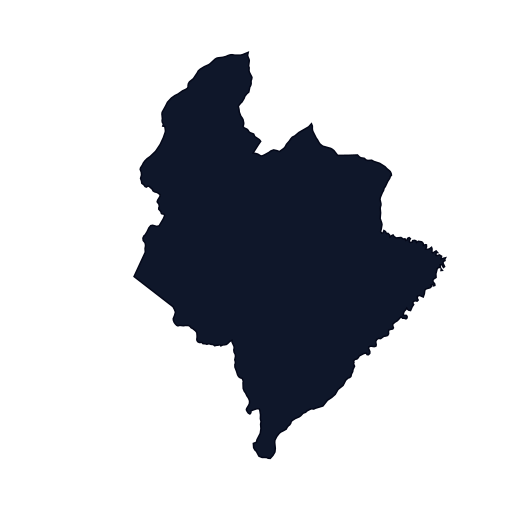 outline of Cláudia, Mato Grosso, Brazil, rotated 36°
{"feature_id": "56859067B53705910959372", "entity_name": "Cláudia", "entity_type": "district", "adm_level": 2, "iso_a3": "BRA", "parent_name": "Brazil", "parent_adm1": "Mato Grosso", "projection": "natural_earth1", "projection_center": [-55.012, -11.48], "detail": "fine", "context": "isolated", "style": "filled", "palette": "ink", "viewbox_px": 512, "rotation_deg": 36, "n_neighbors": 0, "source": "geoboundaries", "source_scale": "gbopen_adm2", "svg_char_len": 6158}
<svg xmlns="http://www.w3.org/2000/svg" viewBox="0 0 512 512"><g transform="rotate(36 256 256)"><path d="M318.1,111.0L316.7,109.7L315.0,108.8L313.8,108.6L310.5,108.4L307.9,107.9L301.6,108.3L295.8,110.2L293.3,110.5L290.4,112.9L288.8,113.6L286.2,113.3L283.1,114.9L281.4,115.1L278.7,114.6L271.7,120.1L262.9,126.6L257.1,124.9L255.0,124.8L253.2,125.0L245.4,127.9L242.2,127.8L240.3,127.2L237.1,125.7L235.6,125.3L228.5,121.6L227.0,120.2L225.2,117.7L223.1,116.4L222.7,120.5L218.1,130.8L216.8,136.1L215.5,138.5L215.3,140.8L215.4,143.4L215.0,147.7L215.4,150.1L215.4,151.8L215.0,153.4L213.6,157.7L210.9,158.5L207.9,159.8L206.2,162.4L205.7,164.3L203.4,169.2L202.3,171.1L201.2,172.2L197.5,172.5L195.6,173.2L193.1,174.4L192.5,164.6L192.4,160.5L190.4,159.9L184.8,160.1L182.4,158.7L178.6,159.7L177.2,159.6L175.6,158.9L174.1,158.7L171.0,159.3L169.2,158.7L168.9,157.3L168.0,155.7L165.4,153.3L163.8,152.5L161.4,151.7L157.9,149.4L156.0,147.3L153.7,145.3L153.6,143.8L153.8,141.1L154.1,139.8L153.9,137.1L153.7,135.3L153.1,133.4L153.2,130.3L153.8,127.6L151.7,123.0L151.5,121.2L150.9,119.6L149.0,117.1L148.5,115.3L147.7,113.8L142.6,111.2L141.2,109.9L139.8,107.7L138.3,106.6L135.8,102.0L134.8,101.0L132.5,99.6L131.2,98.5L130.0,95.8L126.7,101.1L125.3,102.7L120.9,105.9L118.3,107.2L116.9,108.4L115.5,110.3L114.3,112.4L112.3,114.8L108.8,118.0L107.9,119.1L107.2,120.7L105.8,127.6L105.3,129.0L102.9,133.2L101.1,137.5L100.5,140.2L100.8,142.1L101.1,149.3L99.8,154.2L100.0,156.3L100.8,158.0L101.7,159.2L101.9,160.7L101.1,162.7L99.5,165.5L97.7,170.8L96.1,173.8L94.7,177.9L94.0,183.6L94.7,187.7L95.6,194.9L96.5,196.5L99.5,199.9L100.4,201.6L101.5,202.8L103.5,203.7L104.2,205.7L105.9,204.8L106.9,205.6L108.8,207.6L109.7,208.9L111.5,214.8L112.9,222.0L113.2,229.0L113.2,230.5L111.9,237.7L110.7,241.2L110.2,244.4L110.2,247.1L110.6,249.0L110.8,252.6L111.4,254.0L113.9,255.6L115.8,257.8L117.0,261.1L119.1,262.5L120.9,264.3L123.3,264.3L125.4,265.0L126.8,264.7L127.4,263.1L128.4,262.5L132.7,262.9L134.4,263.8L136.2,263.7L138.8,262.7L142.4,262.7L143.3,264.4L143.6,268.5L144.2,270.3L147.1,271.2L148.6,272.7L149.0,274.1L149.8,275.3L153.0,276.0L154.1,277.0L155.2,277.2L156.7,276.3L158.0,276.6L158.6,278.0L159.2,280.8L159.9,288.5L158.3,290.4L154.3,291.9L153.0,293.3L152.8,296.2L153.6,300.3L153.9,304.1L153.5,305.6L154.0,308.0L155.7,309.8L158.2,310.4L159.5,311.4L160.7,312.8L161.8,315.1L164.2,318.0L169.4,344.3L218.6,345.8L221.1,347.0L223.8,348.7L225.0,351.8L225.9,355.4L227.0,356.6L228.9,357.8L230.8,358.4L232.6,358.7L233.9,358.4L235.1,356.9L238.3,355.1L239.7,353.7L242.3,351.9L243.9,351.7L245.7,352.2L247.5,351.9L251.1,352.1L253.1,352.7L255.4,355.4L256.4,356.9L257.0,358.1L258.0,359.1L259.4,359.6L261.0,359.3L263.1,357.7L264.6,358.1L266.6,356.8L268.1,356.3L269.5,354.6L271.4,354.0L273.5,352.8L275.4,352.9L276.3,351.7L277.8,350.4L279.0,348.9L280.4,349.4L281.3,347.6L282.8,346.3L284.1,344.9L284.6,343.1L285.0,340.5L286.1,338.4L287.4,339.8L291.3,342.0L292.4,343.2L293.2,345.0L294.7,346.6L297.2,347.9L298.4,349.3L299.9,352.5L301.2,353.5L302.3,354.8L302.7,356.2L304.3,358.3L308.0,360.7L310.9,362.9L312.9,363.8L314.9,363.8L316.7,363.1L319.3,364.7L320.0,366.2L323.5,370.7L326.0,372.3L328.0,372.9L330.9,374.5L333.0,375.2L335.0,376.3L336.1,377.2L337.4,379.2L337.8,381.1L338.1,384.9L338.6,386.1L340.1,386.9L342.1,387.6L343.9,387.4L344.0,385.9L343.0,384.2L344.5,381.8L346.6,378.9L348.4,377.8L349.7,378.5L353.0,381.8L355.2,385.1L357.4,387.0L358.6,389.4L361.5,392.8L363.7,397.0L364.8,404.1L365.8,406.4L364.0,409.2L366.8,412.5L369.2,413.6L371.1,413.8L376.0,416.2L377.4,415.9L379.3,415.4L383.0,412.8L384.7,412.5L386.5,411.4L386.9,407.3L386.5,403.4L384.7,400.3L380.8,395.9L379.6,394.0L378.9,389.9L379.0,385.8L379.5,383.9L380.9,381.2L382.2,378.3L381.9,376.4L382.0,374.3L382.5,372.8L382.4,370.9L381.9,369.5L381.9,368.1L383.3,364.4L385.5,360.7L386.1,358.9L386.5,355.5L388.0,353.3L388.4,351.2L390.0,348.0L390.8,346.9L392.7,345.9L393.6,344.2L398.3,338.0L398.6,330.7L400.4,325.9L401.4,321.4L400.8,315.8L402.5,309.5L401.6,303.8L402.2,300.7L403.2,299.3L403.6,297.7L402.6,295.3L402.2,292.7L401.2,290.8L400.5,287.2L398.3,285.9L397.7,284.3L396.5,283.6L396.9,281.4L398.2,280.0L398.5,278.2L398.3,276.1L400.6,271.5L402.1,269.8L403.9,270.5L405.0,269.8L405.3,267.9L404.3,266.4L401.4,264.6L400.8,263.4L401.4,262.0L402.6,261.0L404.0,260.4L405.3,259.5L406.0,258.3L405.3,257.0L403.9,255.7L403.0,254.5L402.8,252.5L403.5,250.7L405.4,249.6L406.6,245.9L408.1,244.4L409.2,242.9L409.0,241.0L407.7,239.4L406.9,238.0L407.9,236.4L409.5,234.7L409.4,233.3L407.8,232.2L406.7,230.8L407.3,227.9L408.3,225.6L408.7,223.3L408.8,221.7L409.2,219.9L411.2,220.2L412.6,219.2L414.3,218.7L414.6,217.3L413.7,216.0L412.4,215.7L411.1,216.7L409.7,217.2L408.8,215.1L408.4,213.5L408.7,211.5L408.6,209.5L409.7,210.0L411.3,210.1L413.1,209.3L412.2,205.2L412.1,202.6L410.2,201.9L410.3,199.8L411.2,198.6L412.9,197.8L413.1,196.3L411.6,195.6L410.2,193.8L411.5,191.7L415.4,190.9L414.4,187.6L412.6,184.3L413.0,182.5L415.5,179.4L415.9,177.3L414.5,176.8L415.5,175.2L417.2,175.8L418.0,174.7L417.1,173.6L413.9,172.6L413.1,170.7L414.3,167.5L412.0,164.7L410.0,159.6L410.6,157.7L412.1,157.0L410.1,154.9L411.2,153.7L414.4,155.1L414.8,153.7L411.2,151.7L410.9,150.0L411.6,148.6L410.7,147.8L410.4,146.0L408.7,148.0L407.6,149.9L406.9,148.8L406.3,147.1L403.7,147.3L402.6,148.9L401.5,149.7L400.6,148.8L399.8,147.3L400.9,146.5L398.7,146.0L397.3,149.5L396.1,149.5L394.2,146.7L392.9,145.8L392.1,148.3L391.0,149.7L389.1,150.7L388.6,148.3L387.3,146.8L386.2,147.4L385.2,149.1L383.8,147.5L381.8,147.1L378.7,148.6L377.9,150.8L376.6,149.7L375.1,150.1L373.7,151.5L374.2,153.0L373.0,154.3L371.6,154.3L370.9,153.0L370.7,151.2L369.1,151.1L368.3,152.6L368.7,154.3L368.1,155.4L366.4,154.5L365.3,155.7L362.4,155.8L358.8,159.0L356.3,159.1L354.5,158.4L353.7,159.9L353.3,161.8L351.8,160.5L349.5,160.1L348.3,161.1L346.3,160.1L344.5,160.2L345.2,162.6L344.3,163.7L342.3,162.9L341.6,160.8L339.5,156.6L338.4,155.5L334.4,152.7L331.5,147.9L328.6,144.6L327.8,143.2L327.2,141.4L326.2,140.1L323.0,137.3L322.1,135.3L320.9,130.3L320.7,128.1L319.8,125.9L319.8,123.8L318.7,118.1L318.5,114.6L317.9,112.6L318.1,111.0ZM413.5,157.6L414.2,159.0L415.2,158.1L413.5,157.6Z" fill="#0f172a" stroke="#020617" stroke-width="1.5"/></g></svg>